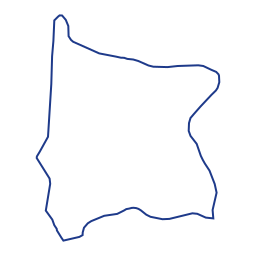 San Antonio Ilotenango, Quiché, Guatemala (orthographic projection)
{"feature_id": "79465075B34214096561703", "entity_name": "San Antonio Ilotenango", "entity_type": "district", "adm_level": 2, "iso_a3": "GTM", "parent_name": "Guatemala", "parent_adm1": "Quiché", "projection": "orthographic", "projection_center": [-91.208, 15.056], "detail": "fine", "context": "isolated", "style": "outline", "palette": "blue", "viewbox_px": 256, "rotation_deg": 0, "n_neighbors": 0, "source": "geoboundaries", "source_scale": "gbopen_adm2", "svg_char_len": 1105}
<svg xmlns="http://www.w3.org/2000/svg" viewBox="0 0 256 256"><path d="M213.3,218.4L212.6,210.0L216.6,192.7L214.7,184.0L209.5,170.6L204.9,163.6L202.8,159.9L200.8,155.8L196.7,143.9L190.5,135.9L188.7,130.9L189.0,123.1L190.5,118.0L193.9,114.0L198.3,109.0L200.6,106.4L211.5,94.8L215.9,90.5L217.6,87.9L219.3,82.2L219.0,75.7L218.5,74.3L216.2,71.9L211.3,69.8L203.3,66.0L198.3,65.3L177.7,66.0L167.5,67.1L153.3,66.7L148.5,65.5L138.3,61.0L133.2,59.5L127.3,58.9L124.1,57.8L120.9,57.7L115.9,56.6L99.2,53.4L73.2,41.8L71.0,39.9L68.6,36.2L68.3,26.0L65.8,19.9L62.1,15.5L59.6,15.4L58.1,16.6L54.3,20.4L53.4,41.0L52.1,56.2L51.3,84.0L48.0,136.8L39.8,151.6L36.9,156.4L36.7,158.0L49.6,178.6L49.9,181.1L50.2,183.8L45.8,210.6L52.3,219.6L54.3,225.2L56.7,228.8L56.9,230.4L61.4,237.7L63.4,240.6L79.4,236.9L82.6,235.1L82.7,232.5L84.0,227.7L87.8,223.3L91.3,221.1L104.2,215.8L117.2,213.9L124.0,210.5L126.3,209.1L129.1,208.6L131.8,207.9L133.6,207.8L136.2,208.1L138.5,208.9L140.8,210.3L146.3,214.7L150.5,216.8L162.5,219.2L169.4,218.9L192.4,213.3L197.3,213.8L205.8,217.6L213.3,218.4Z" fill="none" stroke="#1e3a8a" stroke-width="2"/></svg>